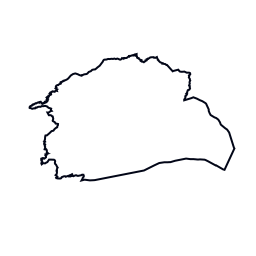 Santa Rosa, Bolívar, Colombia, rotated 250°
{"feature_id": "7082276B66298058490333", "entity_name": "Santa Rosa", "entity_type": "district", "adm_level": 2, "iso_a3": "COL", "parent_name": "Colombia", "parent_adm1": "Bolívar", "projection": "equal_earth", "projection_center": [-75.336, 10.472], "detail": "fine", "context": "isolated", "style": "outline", "palette": "ink", "viewbox_px": 256, "rotation_deg": 250, "n_neighbors": 0, "source": "geoboundaries", "source_scale": "gbopen_adm2", "svg_char_len": 5804}
<svg xmlns="http://www.w3.org/2000/svg" viewBox="0 0 256 256"><g transform="rotate(250 128 128)"><path d="M123.4,34.5L123.8,35.7L123.9,36.3L123.7,36.9L123.4,37.3L123.1,38.1L123.5,39.5L123.5,40.5L125.3,43.0L124.1,46.2L123.5,47.6L122.6,48.2L121.7,48.2L120.2,47.3L119.0,47.3L118.3,47.8L115.7,48.1L115.2,48.0L114.9,48.3L113.5,47.0L112.6,46.8L112.5,46.4L112.1,46.1L111.1,46.3L109.2,45.3L108.5,43.9L107.8,44.5L107.1,44.6L106.6,44.9L105.9,43.4L105.4,43.5L105.3,43.8L105.6,44.3L105.4,44.7L104.7,44.6L104.1,45.9L103.6,47.5L103.8,48.2L104.4,48.8L104.5,49.2L104.5,51.5L104.1,52.5L103.5,52.8L103.5,55.3L103.2,55.6L103.5,56.8L103.5,58.9L104.0,60.6L103.3,59.0L103.4,56.8L103.0,55.7L102.8,55.7L102.5,56.6L102.2,57.0L102.3,57.7L101.9,59.8L101.4,60.2L101.5,62.5L101.1,63.5L100.6,63.8L100.1,64.6L99.6,68.0L99.8,68.5L99.8,69.0L99.3,70.1L98.6,69.9L98.1,70.1L97.7,69.7L97.4,69.7L96.7,68.5L95.9,67.9L94.6,66.4L94.3,69.5L91.8,74.3L90.4,78.9L82.6,128.5L83.9,139.9L84.4,145.4L83.4,150.3L82.2,153.7L81.4,156.3L81.1,161.1L79.4,172.1L77.5,175.8L76.4,178.8L74.4,183.0L73.9,184.9L72.0,189.2L71.3,190.0L69.3,191.9L62.7,197.7L62.8,198.0L56.6,203.2L55.7,204.4L72.4,221.0L73.1,220.8L89.2,221.5L92.6,220.6L94.6,219.2L99.2,216.5L100.3,216.3L101.8,216.4L105.0,215.7L107.2,214.3L108.4,212.9L111.9,210.1L113.8,209.8L116.4,209.7L117.9,210.2L124.1,209.7L124.9,209.3L127.8,207.0L129.6,205.0L132.0,202.8L134.5,199.9L134.4,197.7L134.8,190.3L135.6,190.6L136.2,191.6L137.1,192.4L138.3,192.7L138.6,193.9L139.7,195.1L140.3,194.5L140.7,195.2L141.6,196.1L142.2,196.3L142.6,196.9L143.0,197.1L143.2,197.6L143.2,197.9L143.0,198.2L143.2,199.0L144.1,199.9L145.1,199.9L145.8,200.2L146.3,200.1L146.4,200.3L147.0,199.9L148.7,201.3L149.5,201.3L150.5,201.8L151.3,202.7L152.1,202.6L152.8,202.9L154.8,202.5L155.8,203.3L156.5,203.2L156.8,203.7L156.9,204.5L157.2,204.9L158.3,205.1L159.0,204.5L159.9,202.1L161.7,200.3L162.4,197.8L163.2,196.2L163.7,195.8L165.6,195.2L166.1,190.0L166.0,189.4L173.9,186.2L174.1,185.6L175.3,184.9L176.3,183.1L176.8,183.0L176.8,182.3L177.3,182.4L178.7,180.8L180.2,180.0L180.9,179.9L181.2,179.6L181.6,179.7L182.0,179.3L182.6,179.5L183.3,179.3L184.8,179.4L184.6,177.6L185.3,176.3L185.8,176.3L186.6,173.7L186.7,172.9L186.4,172.1L186.3,171.0L186.0,170.7L186.0,170.3L186.3,170.1L186.0,169.6L186.2,169.1L185.2,168.7L185.2,167.7L185.4,167.5L184.8,167.1L184.8,166.5L184.4,165.4L185.1,164.9L185.3,164.3L185.7,163.6L186.0,163.4L186.7,163.8L186.9,162.8L187.6,162.8L187.8,163.1L188.1,162.7L189.0,162.1L189.8,161.7L190.1,161.8L190.3,161.1L191.0,160.6L191.8,160.9L192.6,160.6L192.8,160.7L193.0,160.2L193.3,160.2L193.3,160.7L193.5,160.7L193.6,160.2L193.8,160.4L193.7,161.1L194.1,161.2L194.2,160.6L194.3,160.6L194.6,160.9L194.8,159.2L194.4,158.1L194.7,158.0L194.8,157.6L194.5,157.3L194.9,156.4L194.8,155.1L195.1,154.6L194.8,153.9L195.1,153.9L195.3,153.5L195.1,153.4L194.3,150.7L194.8,148.6L194.7,148.2L195.1,148.3L195.3,147.6L195.2,146.9L195.7,146.3L195.1,145.7L194.8,144.4L195.1,143.7L196.7,142.0L196.9,141.6L196.9,140.2L197.9,138.9L198.0,137.5L198.6,136.4L199.1,134.2L199.7,132.9L199.7,131.2L200.3,129.2L200.3,128.7L199.9,127.9L198.9,126.9L196.2,122.7L195.3,119.8L194.8,118.7L194.3,117.0L194.6,116.3L194.9,114.3L194.1,112.5L194.1,110.3L193.1,108.5L192.9,107.5L193.4,105.1L193.3,103.7L193.5,102.7L193.0,102.3L193.1,102.1L194.5,100.3L195.6,99.3L196.8,97.8L197.3,97.1L197.5,94.8L196.9,92.2L195.2,89.2L194.6,87.8L194.3,85.5L194.5,84.3L194.2,84.1L194.1,83.3L194.1,82.9L194.3,82.8L194.1,82.3L194.1,80.9L193.8,81.0L193.7,80.3L193.2,80.5L192.6,79.9L192.7,78.8L192.6,77.9L192.2,77.1L192.5,76.4L192.3,75.1L191.7,74.4L190.7,74.6L190.6,74.0L190.2,73.6L190.0,74.0L189.4,74.0L188.6,74.7L188.2,73.6L187.6,73.9L187.2,73.9L187.8,73.0L187.5,71.9L187.1,71.5L187.8,70.2L188.1,70.1L188.3,69.6L187.9,68.1L188.0,67.3L187.8,67.0L187.6,68.0L187.4,67.5L187.5,67.3L187.2,67.0L187.1,67.3L186.9,67.2L186.7,66.6L186.4,66.8L186.1,67.3L185.9,67.3L185.7,67.0L185.7,65.7L185.4,65.1L185.6,64.5L185.1,64.2L185.2,63.8L185.0,63.4L184.4,64.0L184.1,63.6L184.4,63.4L184.4,63.0L184.7,63.0L184.8,62.7L184.5,61.9L184.0,62.1L183.7,62.0L183.4,62.7L182.8,62.6L182.7,62.4L182.9,62.0L182.7,61.7L182.5,62.0L182.4,61.6L181.9,61.4L181.4,62.0L180.8,61.5L180.7,61.2L181.2,60.5L181.2,60.1L180.3,60.2L180.1,60.1L180.2,59.3L180.8,59.4L181.0,58.8L180.0,58.3L180.0,58.0L180.5,57.2L179.9,56.7L179.9,56.2L180.2,56.2L180.3,55.7L180.6,55.7L180.8,55.1L181.5,55.2L182.5,55.0L182.6,54.7L182.6,54.2L182.7,53.6L182.2,53.1L182.7,52.7L182.8,51.7L182.5,50.0L182.9,49.5L182.4,48.1L182.3,47.2L182.7,47.1L182.7,46.9L182.5,45.9L182.1,45.6L181.8,45.2L182.0,44.1L181.8,43.3L181.4,42.8L180.6,42.4L180.3,42.6L180.1,43.3L178.8,44.5L178.7,45.8L178.6,46.5L178.2,47.2L178.2,47.5L178.7,48.0L178.8,48.4L178.3,49.0L178.3,49.3L178.5,49.6L178.6,50.7L178.4,51.8L177.8,53.1L178.1,54.4L177.5,55.8L177.2,57.5L176.8,58.3L176.0,59.0L175.7,59.6L174.9,59.8L174.1,60.3L172.7,62.2L172.5,62.4L171.9,61.9L171.1,61.8L170.2,62.1L170.4,61.1L170.0,60.0L169.7,58.6L170.1,57.6L167.1,58.0L166.5,59.7L165.8,60.4L165.0,60.6L164.6,61.2L162.2,60.9L160.6,59.7L160.3,59.7L158.5,61.2L156.9,61.5L156.7,62.1L155.7,63.6L154.6,63.1L153.9,62.2L152.9,61.7L152.7,60.3L152.1,58.6L151.0,57.0L151.2,55.1L150.1,52.7L148.8,49.3L149.2,47.9L148.2,47.2L145.7,46.1L144.7,45.2L143.6,45.4L143.6,44.7L143.2,44.9L142.5,44.1L141.7,43.7L141.4,43.7L140.9,44.6L140.7,44.6L140.4,44.3L140.3,43.8L139.4,43.6L138.4,43.7L136.6,42.4L136.5,42.6L136.6,43.2L136.5,43.3L136.1,43.2L136.0,43.9L134.9,44.1L133.2,43.6L132.8,44.3L132.9,43.6L132.6,43.3L132.4,43.5L132.3,43.0L131.7,42.8L131.4,43.3L131.4,42.9L130.9,42.6L131.1,42.1L130.8,42.2L130.6,42.1L130.6,41.0L129.4,41.2L128.5,40.9L127.8,38.9L128.0,38.5L128.5,38.3L128.9,37.8L128.9,36.0L128.5,35.8L127.8,36.2L127.6,35.7L127.0,35.4L126.3,36.0L125.5,35.9L125.0,35.6L124.9,34.9L124.6,34.5L123.4,34.5Z" fill="none" stroke="#020617" stroke-width="2"/></g></svg>